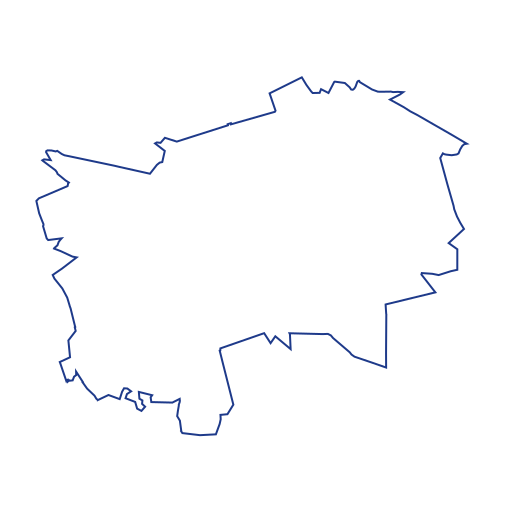 the district of Harare, Harare, Zimbabwe, rotated 177°
{"feature_id": "62879985B33947363062254", "entity_name": "Harare", "entity_type": "district", "adm_level": 2, "iso_a3": "ZWE", "parent_name": "Zimbabwe", "parent_adm1": "Harare", "projection": "mercator", "projection_center": [31.083, -17.799], "detail": "fine", "context": "isolated", "style": "outline", "palette": "blue", "viewbox_px": 512, "rotation_deg": 177, "n_neighbors": 0, "source": "geoboundaries", "source_scale": "gbopen_adm2", "svg_char_len": 3025}
<svg xmlns="http://www.w3.org/2000/svg" viewBox="0 0 512 512"><g transform="rotate(177 256 256)"><path d="M449.0,371.4L450.5,370.9L454.8,372.1L458.7,372.4L460.0,371.7L460.2,370.7L456.0,362.5L462.6,363.6L464.4,362.7L464.0,362.3L451.8,352.1L450.4,350.0L449.9,348.4L442.3,341.5L439.0,339.1L439.8,338.3L439.9,338.2L440.1,337.1L440.5,335.7L469.7,325.0L470.1,324.7L470.7,324.1L472.4,322.6L472.4,322.4L472.4,322.1L470.3,310.0L467.9,302.7L466.6,299.0L466.6,298.0L467.1,297.0L464.1,284.5L462.7,282.8L449.2,283.8L450.6,282.4L452.3,280.4L453.7,277.1L456.7,274.7L457.0,274.5L457.3,274.0L451.0,271.2L439.3,265.0L435.2,264.0L450.5,253.5L460.0,247.7L458.5,244.0L451.1,233.7L446.7,224.3L444.8,216.6L444.6,215.6L443.9,213.4L440.5,195.7L440.2,194.6L440.7,194.3L440.0,190.6L447.8,181.5L447.7,179.8L447.0,164.6L457.5,160.4L457.1,159.2L452.0,141.2L451.5,142.1L450.4,142.3L450.4,140.5L449.0,141.6L448.6,141.2L445.6,141.4L444.0,145.0L441.8,146.5L441.7,150.0L435.5,139.2L435.8,139.0L431.6,132.4L424.6,125.0L422.9,121.8L421.5,120.5L421.5,120.4L410.6,124.9L399.6,120.2L396.8,127.5L394.7,130.8L391.4,130.4L387.8,127.4L392.1,124.9L393.7,120.8L384.3,116.6L382.7,109.8L378.5,107.3L374.6,111.3L377.5,114.3L377.0,117.7L379.9,119.6L380.1,126.4L367.0,122.4L368.6,120.4L368.2,115.6L347.2,114.0L339.7,117.3L339.7,117.0L339.7,116.8L339.6,115.6L339.6,115.2L339.8,114.9L339.8,114.5L339.8,114.3L339.9,114.0L340.9,111.5L340.9,110.7L342.1,105.4L343.1,100.2L340.6,95.5L340.6,95.4L340.6,95.2L339.8,85.3L340.0,85.1L338.8,83.0L321.3,80.0L305.4,80.0L301.1,90.1L299.8,94.8L299.8,99.2L292.8,99.5L286.7,108.3L286.4,108.7L295.3,153.6L295.6,155.2L297.2,163.4L296.6,163.6L296.4,165.6L251.9,178.5L246.0,168.2L240.9,174.8L226.3,161.2L226.2,176.0L226.6,177.1L193.2,174.5L190.8,174.5L188.2,174.4L185.4,172.8L183.3,170.0L167.4,154.9L165.8,152.6L162.9,150.3L146.6,143.8L131.9,137.8L131.2,152.4L129.0,189.6L128.9,190.8L129.0,191.3L129.1,198.4L129.1,200.8L128.2,201.0L78.8,210.3L91.8,228.9L91.3,230.3L90.7,230.2L80.9,229.0L74.6,227.4L62.3,230.6L55.7,231.7L54.6,252.2L62.9,258.8L46.9,272.1L50.3,278.5L53.2,284.9L55.6,292.3L56.1,295.9L61.1,317.5L66.9,344.2L64.9,347.3L64.0,348.7L62.6,347.8L60.7,347.3L55.3,346.4L50.2,346.9L48.4,347.8L46.5,351.8L44.2,355.2L42.1,356.8L39.6,357.1L52.7,365.8L87.8,388.5L88.3,388.8L88.8,389.1L94.4,392.4L100.8,397.0L101.3,397.3L114.0,405.2L103.9,409.7L100.5,411.9L105.8,412.5L110.5,412.5L112.7,413.1L120.6,413.4L125.6,413.7L131.4,416.2L135.8,419.2L143.2,424.2L143.8,425.5L144.7,425.5L145.8,424.5L147.7,420.0L149.1,418.0L150.5,417.0L151.0,417.0L152.3,417.3L152.5,417.6L153.6,419.5L158.2,424.1L168.2,426.0L168.8,425.7L175.1,415.0L182.3,419.2L183.3,417.0L183.9,415.6L190.9,415.8L192.4,417.6L196.7,424.2L200.9,432.0L233.9,417.7L228.9,400.1L229.6,399.0L274.1,388.8L274.2,390.0L277.4,389.1L277.2,388.0L329.1,374.4L340.8,378.8L345.4,374.0L349.1,374.6L350.9,373.7L341.6,365.7L344.7,354.7L347.3,354.3L350.2,352.2L357.6,343.7L388.4,352.3L392.5,353.5L397.0,354.7L437.3,365.4L442.0,366.6L444.6,368.0L449.0,371.4Z" fill="none" stroke="#1e3a8a" stroke-width="2"/></g></svg>